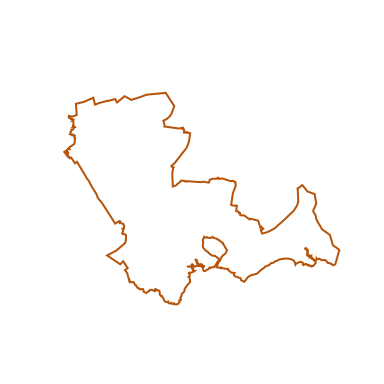 Maungakiekie-TÄmaki Local Board Area, Auckland, New Zealand, rotated 60°
{"feature_id": "76426892B3481372105760", "entity_name": "Maungakiekie-TÄmaki Local Board Area", "entity_type": "district", "adm_level": 2, "iso_a3": "NZL", "parent_name": "New Zealand", "parent_adm1": "Auckland", "projection": "natural_earth1", "projection_center": [174.844, -36.902], "detail": "fine", "context": "isolated", "style": "outline", "palette": "amber", "viewbox_px": 384, "rotation_deg": 60, "n_neighbors": 0, "source": "geoboundaries", "source_scale": "gbopen_adm2", "svg_char_len": 6059}
<svg xmlns="http://www.w3.org/2000/svg" viewBox="0 0 384 384"><g transform="rotate(60 192 192)"><path d="M75.3,202.5L77.0,212.1L75.7,212.3L73.1,212.0L71.4,218.5L71.0,218.7L68.5,228.1L67.8,232.3L61.0,230.4L59.9,240.7L57.6,248.4L67.7,253.4L66.9,257.8L65.6,259.6L64.5,260.3L64.9,260.9L66.0,261.5L67.3,260.3L68.4,260.5L68.8,259.4L69.3,259.0L69.3,259.4L70.2,258.4L70.5,258.7L70.7,259.5L70.8,259.2L74.9,261.2L74.9,261.9L76.0,262.5L76.1,262.9L76.6,262.4L76.7,261.1L77.4,260.9L77.3,262.6L77.8,262.8L78.5,264.1L77.6,265.2L78.5,265.9L79.2,267.1L79.9,267.2L80.8,268.9L81.9,268.0L83.0,267.6L82.8,266.2L84.5,265.3L85.3,266.4L85.9,266.6L86.1,266.0L86.4,266.0L91.1,269.4L91.6,270.3L92.1,276.4L93.6,276.6L92.7,277.7L93.1,279.5L93.8,279.7L96.1,279.5L97.2,280.5L93.4,281.4L93.5,282.6L100.3,281.6L100.2,280.8L101.9,280.6L101.9,279.4L108.7,279.0L108.4,276.5L128.4,276.2L130.2,275.8L136.6,276.1L145.9,275.8L150.4,276.5L156.7,275.4L181.0,274.3L180.8,269.9L182.2,270.0L181.7,269.0L182.1,268.9L182.3,269.3L183.7,269.0L185.1,267.5L187.7,267.7L188.5,268.8L189.5,269.0L189.4,269.6L189.8,270.4L189.5,270.6L191.4,271.1L192.9,273.2L193.8,273.0L194.8,271.5L196.4,270.7L200.8,273.4L202.8,275.5L204.9,286.8L204.5,297.2L218.7,290.3L217.6,286.2L225.8,285.8L226.1,289.1L229.9,288.7L237.7,290.8L237.3,290.2L239.1,290.5L239.4,289.8L240.1,289.5L240.4,288.2L240.7,287.7L241.5,287.5L243.8,287.9L244.9,287.0L245.9,287.3L247.8,287.1L248.2,286.3L249.7,286.1L250.6,285.6L250.7,284.3L251.9,282.8L254.0,283.7L256.7,282.2L256.1,279.5L256.5,278.6L255.9,277.9L255.8,277.3L256.5,275.9L259.4,273.7L259.3,273.1L257.9,273.1L257.7,272.4L258.1,271.9L259.9,271.2L259.9,270.7L261.5,269.6L264.2,270.9L265.7,271.2L266.7,270.8L266.7,270.2L267.4,269.9L268.6,270.2L269.5,269.9L272.5,270.4L273.3,270.1L275.0,268.7L275.0,267.4L276.7,267.7L277.6,266.7L277.5,265.4L279.3,265.0L279.5,264.4L279.3,263.2L280.3,263.1L281.1,262.6L281.7,261.6L281.6,260.8L281.9,260.0L281.1,257.8L279.8,257.5L279.4,257.0L280.1,255.9L279.4,255.2L278.2,255.1L277.4,254.5L277.1,253.5L275.1,251.8L274.5,249.0L273.9,248.0L272.4,247.0L272.3,246.5L271.5,245.6L271.5,245.1L270.0,242.1L269.6,240.2L268.5,238.2L267.9,238.4L266.8,237.4L265.8,237.5L264.6,237.0L263.9,237.4L263.9,236.7L263.5,235.7L261.8,235.3L261.0,235.5L260.5,235.1L260.6,234.3L261.3,233.9L261.8,229.8L261.7,229.0L260.9,229.9L259.9,230.3L259.6,229.9L258.9,230.1L258.8,229.5L257.9,229.7L257.7,229.3L257.5,229.7L256.9,229.3L254.5,233.0L253.7,233.2L254.5,232.8L256.1,229.8L254.8,228.7L254.7,228.0L255.3,227.6L257.8,227.3L258.4,224.7L260.4,221.7L261.8,220.9L261.3,220.5L259.9,220.6L259.3,221.1L259.6,221.9L259.5,222.5L258.5,223.3L256.3,223.5L254.4,222.7L252.6,222.9L251.6,222.7L252.8,222.5L253.3,221.9L256.0,222.7L257.8,222.3L258.3,221.9L258.9,220.3L259.9,219.6L261.6,219.4L261.4,219.1L262.0,218.6L262.5,218.8L263.2,220.5L265.1,221.2L265.9,221.4L267.1,220.3L266.8,217.7L267.1,216.2L266.2,214.6L267.0,214.4L267.2,212.0L268.1,210.9L267.5,209.8L267.5,208.5L265.6,205.6L264.6,202.9L264.2,202.4L262.9,202.3L258.9,204.0L257.2,206.3L254.7,207.6L251.3,208.5L249.1,209.6L245.6,210.2L243.7,209.4L240.8,207.2L239.3,206.9L238.3,206.0L237.9,204.8L237.0,204.0L238.0,203.7L238.4,201.8L239.8,201.0L240.6,199.3L241.1,199.1L241.2,196.8L241.6,196.9L242.2,196.1L242.6,196.2L244.3,194.4L245.9,193.6L246.1,193.0L248.8,192.2L249.4,191.6L250.7,191.4L251.4,190.7L252.6,191.2L254.7,190.7L256.1,191.0L259.9,190.8L261.9,193.6L262.5,197.2L263.2,199.1L265.8,202.7L266.2,204.4L269.5,208.3L271.4,205.9L271.6,204.9L272.1,204.5L272.6,204.9L272.9,203.9L275.3,201.4L276.6,199.2L278.0,199.6L279.9,198.7L280.9,198.6L281.9,197.7L282.1,197.2L282.9,196.6L283.4,195.7L284.6,197.3L286.3,197.0L289.5,194.4L290.2,193.3L291.8,193.2L293.0,193.5L295.9,191.7L295.3,190.6L295.2,189.6L293.8,186.5L293.6,185.0L293.7,182.2L295.2,176.8L293.9,170.4L293.8,168.1L293.2,166.0L293.6,162.8L294.0,162.3L293.1,158.9L293.9,157.4L293.6,154.5L294.1,152.1L294.1,150.0L296.3,144.3L298.5,141.1L300.2,139.4L302.4,138.2L304.6,138.0L305.8,138.5L306.0,138.2L306.2,138.7L306.7,138.8L306.1,137.6L306.1,136.3L306.7,133.0L307.6,132.0L308.5,131.6L309.4,131.6L310.1,132.3L311.1,131.8L310.8,130.9L311.3,129.2L312.3,129.1L312.8,128.1L313.6,128.2L314.0,127.9L313.9,127.4L314.4,127.4L314.7,126.5L316.4,125.6L316.1,125.1L316.6,123.8L315.4,120.6L314.2,119.7L312.2,120.6L311.3,120.7L310.0,121.5L308.4,121.9L307.7,122.4L307.5,123.2L307.1,123.8L307.4,122.7L306.8,122.2L306.0,122.6L305.3,123.6L304.2,123.9L300.5,121.4L299.5,121.4L298.1,122.4L297.7,122.3L298.0,121.8L297.7,121.4L300.4,120.7L302.1,122.0L304.5,123.1L305.2,122.2L306.7,121.4L306.8,120.6L307.6,121.3L308.2,120.9L309.7,120.9L312.6,119.6L313.2,119.1L312.6,117.8L312.0,117.4L312.8,117.4L313.3,115.2L315.7,113.9L317.9,110.3L321.5,109.8L322.1,108.7L323.3,107.9L323.6,107.2L325.7,106.8L326.4,104.2L316.0,93.5L315.3,93.5L308.4,96.6L298.1,94.0L289.5,98.0L280.2,98.1L277.4,97.8L273.8,96.6L270.5,96.8L269.2,96.6L268.2,95.8L264.4,90.3L255.2,86.8L249.3,91.7L241.1,93.0L241.8,97.1L241.6,98.7L253.1,104.5L256.1,107.6L259.1,113.2L262.6,127.9L264.8,138.7L264.7,144.0L264.2,147.7L263.1,152.0L259.6,151.5L259.5,148.7L256.7,149.4L257.1,150.6L249.9,149.0L244.5,154.5L244.7,155.7L238.3,158.6L236.3,161.8L234.3,161.0L234.0,161.8L233.1,161.4L232.9,161.8L232.1,161.8L230.7,163.2L230.1,162.6L229.8,162.8L226.4,160.0L226.1,160.1L224.7,162.7L222.9,164.6L213.7,157.4L208.1,150.7L205.2,149.5L205.0,150.2L203.7,150.2L202.8,151.1L201.4,153.6L195.3,159.1L194.1,162.3L192.8,162.0L192.5,162.8L192.7,164.3L190.7,167.8L190.3,170.6L192.2,172.3L192.2,172.9L188.6,177.2L188.4,178.4L186.8,181.1L180.3,190.6L180.6,190.9L179.3,192.8L178.8,192.7L176.6,195.9L177.0,196.4L177.5,198.1L177.9,201.3L178.4,202.8L177.6,205.8L166.5,200.1L163.0,197.4L161.4,195.6L160.5,196.9L159.2,196.8L158.2,192.3L151.1,174.8L149.6,172.6L146.2,168.9L140.2,164.2L138.5,166.3L138.1,166.0L137.3,167.0L137.8,167.3L136.5,169.3L136.1,169.0L136.2,168.8L133.9,167.5L132.7,168.7L131.8,167.8L130.4,171.7L121.5,183.1L121.2,182.6L115.9,181.1L116.2,177.4L115.3,173.3L113.8,170.5L108.8,164.4L93.0,165.2L85.0,182.8L83.9,189.3L81.9,198.5L75.3,202.5Z" fill="none" stroke="#b45309" stroke-width="2"/></g></svg>